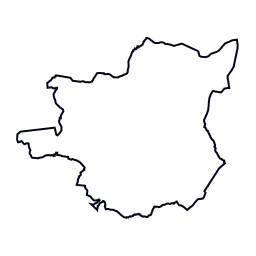 outline of Toro, Bauchi, Nigeria, rotated 89°
{"feature_id": "59680162B15165581574851", "entity_name": "Toro", "entity_type": "district", "adm_level": 2, "iso_a3": "NGA", "parent_name": "Nigeria", "parent_adm1": "Bauchi", "projection": "natural_earth1", "projection_center": [9.239, 10.35], "detail": "fine", "context": "isolated", "style": "outline", "palette": "ink", "viewbox_px": 256, "rotation_deg": 89, "n_neighbors": 0, "source": "geoboundaries", "source_scale": "gbopen_adm2", "svg_char_len": 5755}
<svg xmlns="http://www.w3.org/2000/svg" viewBox="0 0 256 256"><g transform="rotate(89 128 128)"><path d="M51.5,121.4L51.6,121.6L51.9,122.4L52.4,122.7L55.2,123.6L57.2,124.5L57.8,124.9L61.3,126.4L66.7,126.3L70.3,127.3L71.8,127.2L72.6,127.6L73.7,128.4L74.9,131.7L75.7,133.0L76.1,135.1L77.3,137.1L77.1,140.1L77.1,141.4L74.3,145.0L73.7,146.3L73.8,150.1L73.5,151.0L72.8,151.2L72.9,151.8L72.5,154.8L72.6,157.8L74.2,159.0L75.6,159.8L78.3,161.8L79.4,162.1L79.8,162.5L80.9,163.3L81.7,165.4L81.4,167.6L81.5,169.7L80.5,171.9L80.6,173.6L81.0,174.8L80.7,176.1L80.7,177.0L80.4,178.2L80.1,180.8L79.8,181.7L79.8,182.5L76.8,184.7L74.3,197.9L74.2,199.3L75.2,199.4L75.8,200.9L76.3,200.8L76.3,202.3L76.6,202.7L78.6,204.0L81.6,208.0L86.4,207.7L86.1,205.1L86.0,204.5L85.9,203.9L86.0,203.6L86.1,203.2L86.6,202.6L86.9,202.5L86.9,202.1L87.0,201.8L87.1,200.9L86.9,200.4L86.8,199.7L86.6,199.5L86.5,199.2L86.7,198.8L86.5,198.4L86.6,198.2L87.0,198.2L88.0,198.6L89.6,200.1L90.1,200.4L91.0,200.6L91.7,201.2L92.6,201.6L93.7,201.8L94.8,201.7L96.3,201.2L97.0,201.2L98.8,200.3L99.9,200.2L102.0,199.7L104.1,197.8L105.6,196.2L106.5,195.5L107.5,193.8L108.3,192.8L109.3,192.4L110.1,192.3L112.8,193.9L113.2,194.3L115.2,195.0L117.0,195.0L116.7,196.0L120.5,196.8L122.3,196.3L125.7,194.5L129.3,194.6L132.0,196.6L134.1,198.6L133.4,199.8L126.4,201.3L129.8,235.7L132.4,238.7L137.3,239.1L140.3,238.3L140.4,237.6L139.2,234.7L142.4,232.0L141.5,229.3L141.5,228.2L141.9,227.7L144.7,227.5L147.0,226.8L148.5,225.9L149.8,226.5L151.9,226.8L153.1,225.9L155.8,224.7L156.1,224.1L156.7,217.9L156.2,217.4L156.2,216.7L155.7,213.6L154.2,211.4L153.7,209.3L153.8,209.0L153.7,208.3L153.8,207.1L154.2,206.1L153.9,205.9L153.9,205.3L153.8,205.2L153.7,204.6L153.9,204.5L154.0,203.9L154.2,203.7L154.2,203.3L154.5,203.0L154.3,202.9L154.5,202.3L154.4,201.7L153.1,202.1L152.8,200.7L152.3,200.5L151.4,200.3L151.4,199.1L151.8,199.1L152.3,199.4L152.8,199.2L153.5,199.3L153.9,199.2L153.8,197.8L154.0,197.4L154.2,195.9L154.4,195.3L155.0,194.6L155.2,193.6L155.2,192.3L155.7,190.2L155.8,188.3L157.5,188.2L158.6,185.8L158.7,185.3L158.0,184.4L158.7,182.6L159.6,179.5L160.6,178.1L161.4,176.6L165.7,172.9L166.3,172.2L166.8,172.0L167.3,172.2L168.1,172.8L168.7,172.6L169.1,172.3L169.3,172.5L169.2,173.2L170.6,174.3L170.7,174.8L171.8,176.3L173.9,176.0L174.8,176.6L175.1,177.5L176.2,178.0L176.4,177.9L177.1,178.1L178.1,178.9L181.3,179.2L182.0,179.6L184.0,180.3L185.0,171.9L186.8,172.0L189.9,169.7L194.2,170.3L195.9,166.6L198.6,164.7L198.7,164.4L199.7,163.6L199.8,162.9L199.8,160.5L199.1,158.9L198.9,158.2L199.6,157.6L200.1,157.9L202.5,160.9L202.4,161.3L204.1,164.0L203.6,166.1L209.5,160.2L205.2,159.6L205.0,158.8L202.8,157.6L201.1,154.1L200.7,154.2L200.5,153.8L200.7,153.4L201.3,153.1L201.9,152.4L204.0,152.0L205.2,152.1L205.4,152.5L206.0,152.5L208.9,151.6L208.5,150.2L208.7,148.9L209.1,148.0L209.3,147.1L209.4,146.0L209.5,144.6L209.5,144.1L210.3,142.8L210.8,141.0L213.2,138.0L214.4,137.1L216.2,134.8L217.1,133.5L217.6,131.8L217.5,131.4L217.6,131.1L217.2,130.7L217.4,130.4L217.3,129.7L217.4,129.4L216.4,127.9L216.3,127.6L216.6,127.2L216.6,126.0L216.4,125.9L216.3,125.6L216.0,125.4L215.8,124.8L215.9,124.4L214.8,123.7L214.6,123.1L214.9,122.8L214.8,121.6L214.5,121.5L214.4,119.8L214.3,119.4L214.5,119.1L214.5,118.9L214.2,118.8L214.1,118.7L214.7,117.3L215.5,117.2L216.0,116.3L216.2,115.7L216.6,115.4L216.7,114.6L216.9,114.4L216.8,113.7L216.7,113.2L217.0,112.0L217.3,110.7L217.2,109.8L216.9,109.4L215.9,108.9L215.6,107.5L215.3,107.2L215.2,106.7L214.1,106.0L213.1,105.9L212.0,105.3L210.1,104.8L209.7,104.5L208.7,104.0L208.3,103.6L208.1,103.2L207.3,103.3L207.0,102.7L207.3,100.7L207.2,99.9L207.7,98.3L207.5,97.5L206.4,95.6L205.6,95.0L205.3,92.4L205.0,91.8L204.3,90.8L204.3,88.7L204.7,87.9L204.8,87.3L204.7,86.9L204.3,86.5L203.9,85.5L203.9,84.6L204.4,84.1L204.5,83.6L203.7,83.3L203.7,82.8L202.4,80.6L206.1,78.3L206.4,75.9L208.4,73.0L211.0,70.4L208.3,67.1L206.7,64.8L203.7,62.4L200.4,59.4L199.9,54.5L198.5,53.3L194.2,51.6L192.5,52.7L170.4,37.9L170.2,37.9L164.9,31.7L164.4,32.1L164.0,32.1L163.7,32.6L162.9,32.2L162.2,32.4L162.0,32.8L161.9,33.6L161.4,34.4L160.9,34.6L160.7,34.9L160.8,35.1L160.4,35.5L160.1,36.1L160.1,36.5L159.8,36.9L159.3,37.2L158.6,37.4L157.6,38.1L154.7,39.5L153.2,40.7L153.1,40.9L151.9,41.2L151.6,41.0L150.5,41.0L149.7,40.7L149.5,40.8L149.2,41.3L148.7,41.3L148.3,41.5L148.1,41.9L147.2,41.4L146.9,41.4L146.6,41.2L146.4,41.2L145.3,41.6L145.0,41.9L143.9,41.9L143.5,42.2L142.3,42.7L141.2,43.5L140.9,44.4L139.9,44.8L139.4,45.0L138.9,45.6L138.2,45.7L137.8,46.0L137.2,46.1L136.1,46.7L135.6,46.8L134.2,47.7L133.0,48.0L132.3,48.7L132.1,48.6L132.0,48.8L131.5,49.5L131.1,49.7L130.9,49.6L130.6,49.7L129.9,50.2L129.1,50.4L128.5,51.6L128.0,51.3L127.7,51.5L126.8,51.2L126.5,50.9L125.9,50.8L125.7,50.9L125.2,50.7L124.5,51.3L122.7,51.6L122.3,51.9L121.1,51.7L115.1,48.8L111.7,47.6L106.5,46.9L103.2,46.7L98.8,45.9L95.8,44.7L92.5,42.6L94.1,34.3L90.3,31.0L89.7,26.9L89.8,26.1L83.3,26.9L79.6,27.5L78.4,27.6L77.8,27.5L72.5,23.7L68.2,21.1L66.5,20.8L50.7,17.2L47.0,16.9L41.6,17.6L42.2,22.4L43.6,25.5L44.1,27.0L45.3,29.5L47.6,31.7L52.1,35.7L53.5,38.2L53.9,39.3L54.5,41.5L55.2,43.5L57.7,46.5L58.5,49.3L58.3,51.6L57.9,53.9L57.1,55.3L52.7,56.4L52.2,57.0L44.6,72.7L46.7,80.6L45.0,85.5L44.6,89.3L43.3,90.8L43.0,92.0L42.9,92.8L42.9,94.0L43.5,95.8L43.6,99.5L42.6,101.0L41.2,102.6L40.1,104.3L39.1,105.0L38.4,107.1L38.4,108.1L39.5,108.4L40.0,109.3L40.7,109.9L41.4,110.1L41.4,110.3L41.8,110.9L42.4,110.8L43.3,111.2L43.8,111.7L44.6,111.7L46.7,114.7L46.8,115.2L46.6,115.4L46.7,115.7L46.9,115.8L46.7,116.1L46.9,116.2L46.8,116.5L47.1,116.6L47.4,116.4L47.7,116.7L47.1,117.2L47.6,117.3L47.9,117.8L48.5,118.3L48.7,118.6L49.2,118.5L49.4,118.8L49.3,119.4L49.0,119.7L49.4,119.8L49.7,120.1L49.9,121.2L50.5,121.5L51.5,121.4Z" fill="none" stroke="#020617" stroke-width="2"/></g></svg>